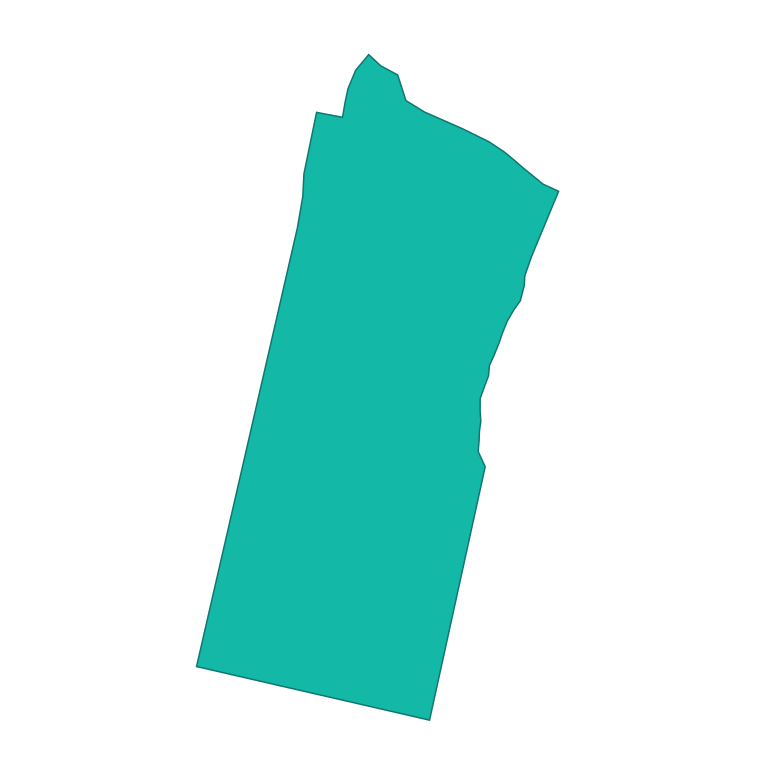 Capital, Mendoza, Argentina (Equal Earth projection), rotated 283°
{"feature_id": "61730980B70316540328463", "entity_name": "Capital", "entity_type": "district", "adm_level": 2, "iso_a3": "ARG", "parent_name": "Argentina", "parent_adm1": "Mendoza", "projection": "equal_earth", "projection_center": [-68.858, -32.881], "detail": "fine", "context": "isolated", "style": "filled", "palette": "teal", "viewbox_px": 768, "rotation_deg": 283, "n_neighbors": 0, "source": "geoboundaries", "source_scale": "gbopen_adm2", "svg_char_len": 673}
<svg xmlns="http://www.w3.org/2000/svg" viewBox="0 0 768 768"><g transform="rotate(283 384 384)"><path d="M688.2,327.8L693.3,309.2L701.5,295.0L683.3,285.8L663.8,282.5L650.1,282.7L634.5,283.6L633.5,257.2L570.8,258.7L548.4,262.7L516.4,264.5L66.5,264.9L66.7,504.0L326.1,501.2L339.5,490.9L350.3,489.4L359.6,487.6L369.1,486.8L379.9,483.6L391.4,481.0L403.6,482.4L415.6,484.0L425.9,482.6L437.3,484.9L450.7,487.0L459.9,487.9L472.7,489.9L485.4,493.8L495.7,498.1L511.4,498.5L521.1,496.9L540.9,499.0L611.0,510.8L614.5,494.1L625.6,471.4L631.4,460.5L637.0,449.3L643.5,432.2L650.2,403.9L658.1,362.3L665.1,341.6L688.2,327.8Z" fill="#14b8a6" stroke="#0f766e" stroke-width="1.5"/></g></svg>